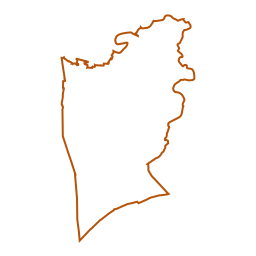 Murighiol, Tulcea, Romania
{"feature_id": "2599482B84020842271263", "entity_name": "Murighiol", "entity_type": "district", "adm_level": 2, "iso_a3": "ROU", "parent_name": "Romania", "parent_adm1": "Tulcea", "projection": "orthographic", "projection_center": [29.149, 44.927], "detail": "fine", "context": "isolated", "style": "outline", "palette": "amber", "viewbox_px": 256, "rotation_deg": 0, "n_neighbors": 0, "source": "geoboundaries", "source_scale": "gbopen_adm2", "svg_char_len": 5461}
<svg xmlns="http://www.w3.org/2000/svg" viewBox="0 0 256 256"><path d="M140.7,27.2L140.6,27.9L140.5,28.1L139.9,28.4L138.9,29.0L137.7,30.4L137.3,31.4L136.8,32.3L136.5,32.6L135.3,33.7L137.9,35.8L137.9,36.0L136.0,35.1L132.6,33.5L131.3,32.6L130.8,32.5L130.0,32.4L125.8,32.9L123.0,33.4L122.1,33.6L119.5,34.4L118.7,34.8L117.5,35.5L117.0,35.9L116.2,37.0L115.8,38.1L115.5,39.0L115.4,39.4L115.3,39.8L115.3,40.4L115.3,40.8L115.5,41.3L115.9,43.1L116.2,43.5L116.9,44.0L117.7,44.2L118.8,44.2L122.9,43.4L123.2,43.4L125.8,42.7L126.8,42.6L127.4,42.8L127.5,43.0L127.4,43.9L126.8,45.5L126.5,46.0L125.7,47.1L123.4,49.3L120.7,52.3L120.1,52.7L119.3,52.8L118.7,52.9L117.7,52.7L116.2,52.3L114.8,51.7L113.4,50.9L113.4,52.8L112.1,54.8L112.0,54.7L111.7,55.1L111.7,55.4L111.9,55.4L112.2,55.7L112.2,56.0L112.3,56.1L112.4,56.3L112.5,56.5L112.4,57.0L112.3,57.5L111.9,58.8L111.6,59.2L110.8,58.5L108.1,62.7L108.7,63.0L108.5,63.7L108.4,63.8L103.8,63.6L103.6,65.5L103.0,65.5L102.9,65.6L101.3,65.5L100.8,65.3L100.6,65.5L95.7,65.2L95.7,65.3L95.3,65.3L95.0,65.1L95.1,66.0L94.9,66.6L94.7,66.8L94.3,66.9L93.1,66.7L92.8,66.5L92.5,66.5L92.4,66.7L92.3,67.2L92.2,67.9L87.5,67.6L87.2,67.7L87.5,65.9L87.5,65.4L87.5,65.1L87.1,64.9L86.6,64.8L86.4,64.6L86.2,64.6L86.1,64.4L85.9,64.4L85.7,64.4L84.7,64.1L84.5,63.7L84.6,62.3L85.0,62.3L86.4,62.5L87.1,62.3L87.7,62.3L87.8,62.2L87.9,61.8L87.8,61.7L76.7,58.8L76.5,59.0L76.5,59.3L77.2,59.7L77.3,60.2L77.3,60.8L77.2,61.3L77.2,61.5L76.9,62.6L77.2,63.5L77.5,63.7L78.1,63.9L78.2,65.0L77.1,65.2L76.8,64.8L76.5,64.4L75.9,64.1L75.9,63.9L75.6,63.9L75.3,63.6L75.1,63.6L74.4,63.4L73.8,63.6L73.4,63.6L72.7,64.0L72.5,63.6L71.7,63.7L71.9,62.9L71.2,62.4L70.4,62.0L69.7,61.8L69.5,61.6L69.1,61.2L68.5,61.3L68.2,61.3L67.2,60.5L66.2,59.6L65.4,59.2L64.7,58.6L64.2,58.0L63.9,57.3L63.3,57.8L62.7,58.2L62.3,58.1L61.6,57.9L63.3,69.4L64.1,74.3L64.5,77.4L64.8,79.2L64.8,79.3L64.7,79.3L64.9,79.7L65.0,80.7L65.0,80.9L64.8,81.1L64.0,81.2L63.2,81.1L63.1,81.3L63.1,84.3L63.0,87.0L63.0,87.8L63.1,88.1L63.3,88.2L63.3,88.4L63.8,88.4L63.5,90.5L63.1,92.5L62.8,94.6L62.8,96.5L62.6,98.4L61.8,103.0L61.7,104.5L61.9,104.7L62.0,104.7L62.1,104.9L62.3,105.4L62.3,105.5L62.2,105.8L62.6,106.2L62.8,106.6L63.0,107.1L62.9,107.8L62.4,109.8L62.5,111.9L62.8,136.1L68.8,154.5L71.5,162.3L75.4,174.4L75.0,174.4L77.0,198.2L77.3,219.7L78.8,231.1L79.7,240.6L90.5,229.2L91.4,228.7L93.3,226.7L100.2,220.1L101.3,219.4L108.8,213.6L111.4,211.8L113.7,210.3L114.3,209.2L116.1,209.1L120.7,207.0L127.4,204.1L132.1,203.1L137.2,201.7L138.5,203.2L146.3,199.8L149.4,198.2L149.7,197.9L159.0,195.4L162.4,195.1L167.6,194.3L168.6,193.9L167.6,193.1L166.5,191.9L155.6,180.1L152.3,176.7L151.6,175.8L148.9,171.3L148.5,170.6L148.4,170.3L148.4,167.5L148.3,165.3L148.2,164.5L148.0,164.3L147.8,164.2L147.4,164.1L147.8,163.7L149.5,162.6L155.8,158.3L157.5,157.7L158.2,157.3L159.1,156.6L160.1,155.6L160.9,154.6L161.4,153.9L161.9,152.8L162.3,152.4L162.7,152.1L163.5,151.6L163.6,151.4L164.1,149.9L164.6,149.1L165.2,147.9L165.3,147.5L165.2,146.7L165.1,146.3L165.3,145.9L166.7,144.4L168.1,143.4L168.2,143.1L168.0,141.6L168.0,141.0L167.6,140.6L166.6,140.1L166.2,140.0L165.3,140.1L165.0,140.0L164.9,139.5L164.9,138.9L165.0,138.5L165.3,138.1L166.1,137.3L166.3,137.0L166.5,136.6L166.7,135.8L166.8,134.9L166.9,133.2L167.4,132.4L168.1,130.3L168.5,129.3L168.6,128.9L168.7,128.3L168.8,127.9L169.2,127.5L169.2,127.3L169.1,126.9L168.2,125.6L168.2,125.2L168.4,124.3L168.3,123.7L168.4,123.2L168.8,122.8L169.8,122.1L178.8,117.5L179.5,117.0L180.0,116.6L180.8,115.8L181.4,114.6L181.8,113.2L182.6,108.8L182.9,107.3L183.1,106.1L183.3,106.0L182.7,105.2L182.8,103.9L183.1,102.9L183.6,101.9L184.3,100.3L184.3,99.0L183.9,98.1L183.3,96.8L182.0,94.8L180.7,93.7L179.9,93.1L178.7,92.6L177.4,92.4L176.8,92.2L175.4,92.0L174.7,91.7L174.3,91.3L173.9,90.8L173.6,90.4L173.4,89.8L173.2,88.7L173.2,88.0L173.6,87.1L174.1,85.4L174.8,84.5L176.2,83.3L178.3,81.9L178.9,81.6L179.8,80.9L179.9,80.5L180.8,79.9L182.4,79.9L183.1,79.9L184.2,79.5L185.3,79.6L185.9,79.7L188.2,80.3L189.7,80.3L192.3,80.1L193.3,79.7L193.6,79.4L194.0,79.0L194.3,78.2L194.4,77.3L194.3,75.9L194.1,74.1L193.9,72.8L193.4,71.3L192.9,70.3L192.4,69.7L191.9,69.2L191.2,68.9L190.3,68.7L188.6,68.5L187.7,68.3L187.1,68.0L186.9,67.5L186.8,67.0L186.8,66.2L186.8,65.6L186.5,65.3L186.1,65.1L185.7,65.0L184.8,64.9L184.3,65.1L184.0,65.4L183.3,66.2L182.7,66.2L182.2,65.7L179.3,62.1L178.8,61.0L178.7,60.4L178.7,59.9L178.9,59.4L179.5,58.0L179.9,57.5L180.3,57.2L180.9,57.1L181.6,57.1L182.3,57.0L182.5,56.8L182.5,56.4L182.4,55.4L181.9,54.6L181.2,53.7L180.1,52.8L178.2,51.3L178.0,50.9L178.1,50.5L179.1,48.4L179.1,48.1L177.6,45.3L177.5,44.8L177.7,44.3L177.8,44.1L178.3,43.7L179.1,43.5L179.7,43.1L180.1,42.6L181.0,40.5L182.5,37.6L182.7,36.9L182.6,34.3L182.7,33.0L182.9,32.3L183.3,31.6L184.1,30.2L184.4,30.0L185.7,29.9L186.5,29.7L188.9,28.7L189.7,28.3L190.1,28.0L190.6,27.0L190.6,26.2L190.3,25.2L189.0,22.9L188.4,22.1L188.2,22.0L187.7,22.1L186.1,22.6L185.7,22.5L185.4,22.3L185.0,21.8L184.1,20.6L183.3,19.7L183.5,19.1L182.2,19.2L180.4,19.7L178.1,20.7L177.8,20.7L177.1,20.3L176.6,19.9L175.5,19.3L174.0,18.7L172.8,18.0L172.2,17.4L171.7,16.8L170.7,16.0L169.5,15.6L167.4,15.4L166.8,15.4L165.9,15.7L165.1,16.4L164.5,17.4L164.4,18.0L164.0,18.8L163.3,19.5L162.9,19.8L162.3,20.1L160.6,20.3L159.0,20.6L155.7,21.0L155.1,21.1L153.6,20.8L153.4,21.0L152.2,23.4L151.1,24.8L150.4,26.0L149.5,26.7L148.5,27.3L147.3,27.9L147.1,27.9L146.2,27.9L145.2,28.0L143.3,28.4L143.0,28.4L141.8,28.2L141.3,27.9L140.7,27.2Z" fill="none" stroke="#b45309" stroke-width="2"/></svg>